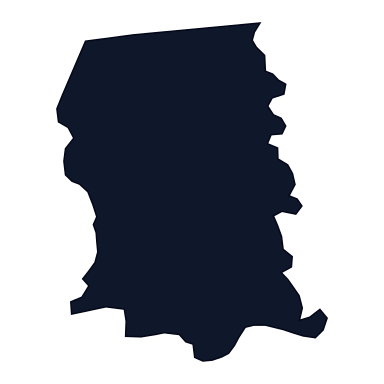 the district of Serra Alta, Santa Catarina, Brazil
{"feature_id": "56859067B85443847407592", "entity_name": "Serra Alta", "entity_type": "district", "adm_level": 2, "iso_a3": "BRA", "parent_name": "Brazil", "parent_adm1": "Santa Catarina", "projection": "albers", "projection_center": [-53.016, -26.695], "detail": "fine", "context": "isolated", "style": "filled", "palette": "ink", "viewbox_px": 384, "rotation_deg": 0, "n_neighbors": 0, "source": "geoboundaries", "source_scale": "gbopen_adm2", "svg_char_len": 1244}
<svg xmlns="http://www.w3.org/2000/svg" viewBox="0 0 384 384"><path d="M71.6,314.1L105.9,306.8L124.3,309.1L126.2,321.3L125.6,336.3L141.0,336.8L155.3,334.5L164.2,332.7L179.3,334.5L185.8,341.8L193.1,344.1L194.7,357.4L202.9,361.0L212.3,360.1L221.7,356.9L228.6,353.3L234.4,345.5L238.8,337.3L245.3,327.2L253.9,325.1L265.3,325.1L275.8,327.7L283.2,329.5L291.8,332.4L303.1,335.9L315.3,337.7L323.1,330.0L327.1,318.1L319.9,309.4L309.8,317.2L299.4,320.4L302.3,308.0L299.1,295.7L292.6,286.3L287.7,279.4L281.2,272.6L291.4,266.9L292.2,256.6L283.1,249.3L281.5,236.4L277.4,225.2L273.4,215.9L282.0,211.3L295.8,214.1L301.9,206.0L297.1,199.0L289.0,195.8L295.0,184.5L292.5,173.6L287.7,164.9L277.9,158.9L277.6,148.0L267.4,143.7L271.1,134.7L282.0,133.8L285.7,126.0L281.2,118.3L273.4,114.8L267.7,106.1L272.2,97.9L283.9,94.1L285.7,84.2L278.4,80.1L272.7,74.1L265.4,71.2L264.6,55.4L256.3,47.2L252.2,40.3L254.4,32.1L260.0,23.0L134.0,34.8L85.5,41.2L62.2,95.6L56.9,108.8L58.5,121.9L68.1,127.4L73.8,138.1L65.5,148.6L63.9,161.2L65.5,174.9L72.1,181.3L79.5,184.1L87.9,191.8L92.9,204.6L96.8,216.8L93.4,224.6L96.2,232.8L96.8,241.5L97.8,252.0L95.0,262.5L88.9,271.0L82.7,278.9L88.9,285.8L81.9,297.2L70.8,301.8L71.6,314.1Z" fill="#0f172a" stroke="#020617" stroke-width="1.5"/></svg>